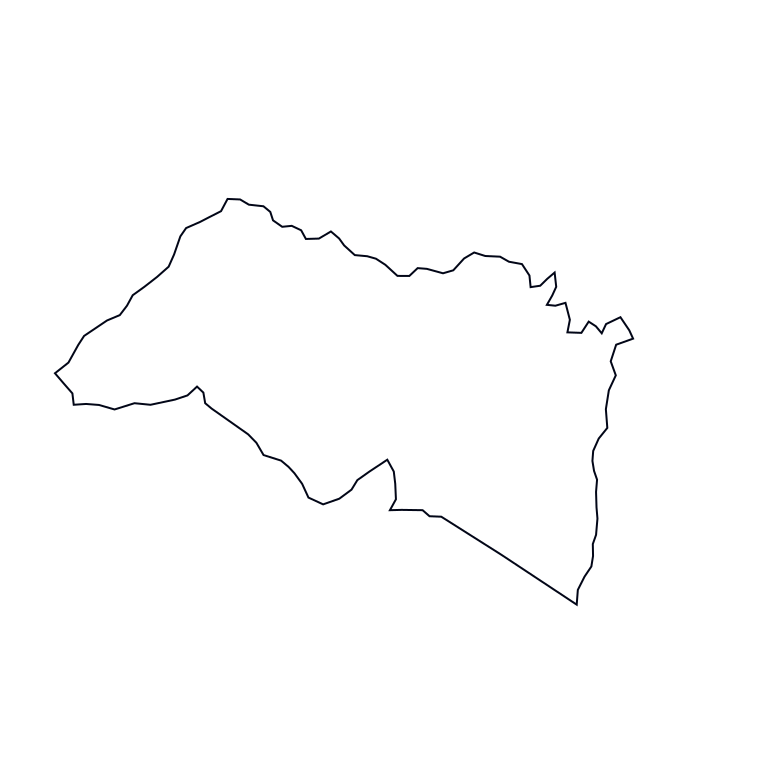 outline of Mombuca, São Paulo, Brazil, rotated 213°
{"feature_id": "56859067B83163679964168", "entity_name": "Mombuca", "entity_type": "district", "adm_level": 2, "iso_a3": "BRA", "parent_name": "Brazil", "parent_adm1": "São Paulo", "projection": "robinson", "projection_center": [-47.599, -22.942], "detail": "fine", "context": "isolated", "style": "outline", "palette": "ink", "viewbox_px": 768, "rotation_deg": 213, "n_neighbors": 0, "source": "geoboundaries", "source_scale": "gbopen_adm2", "svg_char_len": 1678}
<svg xmlns="http://www.w3.org/2000/svg" viewBox="0 0 768 768"><g transform="rotate(213 384 384)"><path d="M632.9,197.6L623.0,205.0L611.6,211.2L596.1,215.9L582.8,232.0L568.5,239.4L550.8,257.1L542.6,267.4L539.4,280.0L530.8,278.4L523.5,270.5L515.2,269.5L470.5,267.8L459.0,265.2L446.3,258.8L428.6,263.7L418.9,262.5L410.6,260.4L398.3,255.7L385.5,247.6L369.5,249.9L359.0,263.5L353.7,277.7L354.0,288.9L348.5,302.7L340.0,322.3L328.1,315.9L320.2,306.4L311.2,293.8L310.3,281.4L300.7,288.0L282.9,299.2L273.8,297.9L263.7,303.9L192.5,304.7L102.2,303.9L109.3,316.9L110.9,331.7L110.7,343.9L115.0,353.6L121.7,363.5L124.0,373.0L131.7,387.4L138.6,396.3L147.4,409.0L153.2,419.8L160.5,425.5L167.3,433.0L172.1,441.8L174.2,455.2L172.8,468.8L184.2,483.7L192.0,501.2L194.3,517.5L206.2,526.5L210.7,543.4L199.8,557.7L207.5,562.6L222.1,568.8L230.4,555.2L229.0,545.1L237.7,547.8L246.3,547.8L246.3,534.4L258.3,527.2L263.1,539.1L276.0,550.9L282.9,543.0L290.5,539.1L291.1,549.8L292.5,559.3L301.6,570.4L304.4,561.0L306.5,551.5L313.8,545.1L321.1,554.2L333.6,559.7L345.8,554.6L356.0,554.0L368.8,546.5L380.0,543.4L385.2,532.9L387.8,517.1L394.8,509.0L410.8,503.9L418.9,499.5L421.6,488.4L431.6,482.0L447.8,484.7L459.0,484.7L467.7,482.0L478.7,476.2L492.9,478.5L500.9,481.6L511.6,483.0L517.8,470.5L528.5,463.1L537.2,467.8L547.5,466.4L555.0,460.4L566.2,460.8L573.1,466.4L581.9,467.4L595.0,460.8L605.2,460.4L616.0,454.0L614.8,440.2L621.5,428.6L626.5,419.8L634.9,407.0L635.2,396.9L630.6,378.3L628.5,365.1L632.6,350.3L637.9,335.0L643.1,321.6L642.2,309.7L643.1,297.9L650.9,286.4L661.7,261.0L661.7,250.3L660.3,230.1L665.8,213.8L653.2,210.1L640.2,206.4L632.9,197.6Z" fill="none" stroke="#020617" stroke-width="2"/></g></svg>